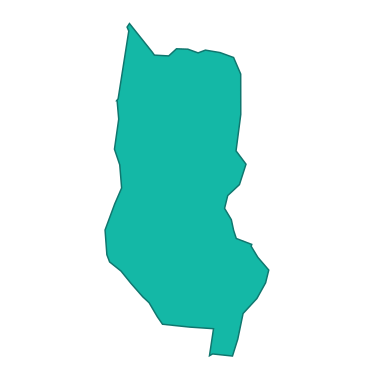 Grums, Värmland, Sweden (orthographic projection), rotated 186°
{"feature_id": "70781695B11595834980673", "entity_name": "Grums", "entity_type": "district", "adm_level": 2, "iso_a3": "SWE", "parent_name": "Sweden", "parent_adm1": "Värmland", "projection": "orthographic", "projection_center": [13.042, 59.403], "detail": "fine", "context": "isolated", "style": "filled", "palette": "teal", "viewbox_px": 384, "rotation_deg": 186, "n_neighbors": 0, "source": "geoboundaries", "source_scale": "gbopen_adm2", "svg_char_len": 794}
<svg xmlns="http://www.w3.org/2000/svg" viewBox="0 0 384 384"><g transform="rotate(186 192 192)"><path d="M127.1,146.1L143.1,150.4L146.6,158.2L150.0,168.6L157.9,179.1L156.1,192.2L145.6,204.3L141.2,225.3L152.5,237.5L151.6,274.2L155.9,314.4L164.7,330.1L178.7,333.6L193.5,334.5L200.5,331.0L211.0,333.6L222.4,332.8L229.4,324.9L243.7,324.2L246.3,327.1L271.8,353.0L273.8,349.2L271.7,345.5L275.2,277.0L276.5,274.9L276.0,274.9L272.5,256.8L273.6,226.5L266.7,211.5L262.4,188.6L267.6,172.1L274.5,145.1L270.1,120.7L266.6,113.8L254.4,106.0L243.1,94.7L230.0,82.6L223.1,77.4L213.5,64.4L207.5,57.4L180.6,57.4L156.3,58.3L157.5,31.0L154.6,33.1L134.6,33.1L131.1,50.4L128.5,76.5L116.3,92.9L109.3,109.4L107.5,122.4L119.6,133.8L127.5,144.2L127.1,146.1Z" fill="#14b8a6" stroke="#0f766e" stroke-width="1.5"/></g></svg>